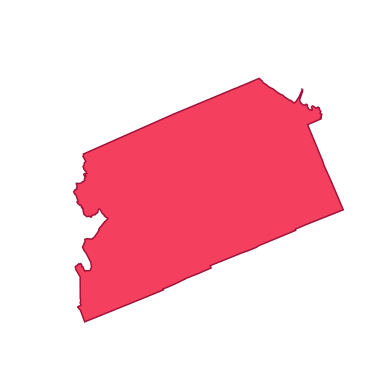 St. Louis, Minnesota, United States of America, rotated 247°
{"feature_id": "52423323B88351202423300", "entity_name": "St. Louis", "entity_type": "district", "adm_level": 2, "iso_a3": "USA", "parent_name": "United States of America", "parent_adm1": "Minnesota", "projection": "robinson", "projection_center": [-92.282, 47.64], "detail": "fine", "context": "isolated", "style": "filled", "palette": "rose", "viewbox_px": 384, "rotation_deg": 247, "n_neighbors": 0, "source": "geoboundaries", "source_scale": "gbopen_adm2", "svg_char_len": 3500}
<svg xmlns="http://www.w3.org/2000/svg" viewBox="0 0 384 384"><g transform="rotate(247 192 192)"><path d="M114.4,42.5L113.4,99.7L113.1,127.3L114.0,127.3L114.0,140.8L114.8,153.9L114.5,166.9L114.6,179.9L117.1,179.9L116.5,213.3L116.1,219.6L115.9,229.3L116.5,232.7L116.2,272.4L117.4,272.4L117.4,285.0L116.5,324.3L147.2,324.3L165.4,323.9L167.9,324.3L193.4,324.6L208.8,324.7L208.9,336.0L208.9,339.4L210.0,339.9L210.0,339.5L210.1,339.2L210.5,339.3L210.6,340.0L210.7,340.4L211.0,340.6L211.6,340.6L212.1,340.8L212.3,341.5L212.6,341.8L213.1,341.8L213.9,340.9L214.3,340.6L216.0,342.1L216.8,341.9L217.7,341.5L218.3,341.5L219.2,342.0L219.7,342.0L220.3,341.6L220.9,341.2L221.0,340.9L220.9,340.6L220.5,339.7L220.7,339.4L221.2,338.9L222.1,337.9L222.7,337.6L223.4,337.4L223.9,336.9L224.1,336.4L224.0,335.8L223.8,335.6L223.2,335.1L221.3,335.0L220.5,334.6L220.5,334.0L220.6,333.8L221.0,333.5L221.5,333.2L222.0,332.7L222.2,331.9L222.5,331.7L223.7,331.8L224.3,331.8L225.1,331.4L226.6,332.0L227.4,332.1L227.7,332.0L228.3,330.6L228.0,330.1L228.0,329.1L228.7,328.4L231.3,327.0L232.3,326.9L234.6,326.9L241.3,333.0L243.0,333.8L243.6,333.4L242.3,332.7L237.6,327.5L234.7,323.2L234.0,321.1L234.2,320.9L235.0,320.1L237.9,318.6L238.3,317.7L243.8,314.1L245.7,313.4L247.2,311.7L251.1,309.1L254.8,307.1L255.7,306.5L256.8,305.4L259.6,303.2L261.0,302.8L264.7,300.3L265.5,300.0L266.5,300.0L268.8,299.0L270.4,298.1L270.3,285.1L270.4,277.0L270.3,272.4L270.6,272.1L270.5,270.0L270.7,232.2L270.9,206.2L269.4,106.8L268.1,106.4L267.5,106.0L267.3,105.5L265.4,105.9L265.1,105.8L264.5,105.8L263.7,106.0L261.5,106.2L261.0,104.4L259.0,103.1L257.9,101.6L256.7,101.7L256.4,101.6L256.2,101.5L255.3,101.4L254.7,101.7L253.7,101.8L252.7,102.1L252.3,102.4L252.1,102.6L251.7,102.7L251.0,102.3L250.7,102.3L250.2,102.3L250.0,101.8L250.2,101.3L250.2,100.8L250.9,100.6L250.9,100.1L250.7,99.8L250.6,99.5L250.6,99.4L250.0,99.2L248.7,99.2L248.5,99.3L248.4,99.6L248.7,99.8L248.6,100.1L248.0,100.5L247.9,100.5L247.8,100.3L247.8,100.1L247.4,100.0L246.4,98.2L244.3,97.4L244.2,95.1L243.7,94.1L243.6,92.5L245.1,88.9L241.4,88.2L240.6,87.1L239.5,86.9L239.4,85.5L239.7,85.2L239.6,84.9L239.3,84.7L238.5,83.2L237.1,83.1L235.7,83.3L235.1,84.0L234.0,83.9L227.8,83.6L227.7,82.2L225.6,82.6L223.8,83.5L223.6,83.8L223.7,84.3L221.8,84.8L221.7,84.5L220.6,84.2L220.1,84.9L220.2,85.0L219.0,85.3L218.7,84.8L218.3,84.7L213.6,83.8L210.4,85.6L209.6,88.5L208.5,88.7L208.3,89.6L209.7,91.2L208.9,93.9L209.6,95.4L209.6,95.7L209.9,95.7L209.7,96.4L210.2,97.4L212.2,98.7L212.7,100.0L211.4,100.6L207.3,101.1L206.4,101.6L206.0,101.7L205.2,102.1L204.8,101.9L204.6,101.9L204.3,102.0L204.1,102.4L203.1,102.5L202.6,102.7L201.6,103.8L200.7,104.2L200.3,103.7L199.7,102.8L199.6,102.6L199.6,102.2L199.5,101.9L199.0,101.5L198.9,101.1L198.9,100.8L198.9,100.5L198.6,100.6L198.4,100.2L198.6,99.8L198.3,99.2L197.7,98.1L197.3,97.3L196.2,95.3L195.0,92.8L193.9,91.5L193.5,91.3L193.2,91.4L192.5,90.6L192.0,89.8L190.6,87.7L188.6,84.3L187.8,81.3L190.2,76.8L190.2,74.8L187.9,74.1L187.3,73.2L187.2,72.7L186.9,72.5L186.3,72.4L186.0,71.9L184.1,69.7L183.2,69.7L180.5,69.8L175.9,70.8L166.3,71.4L165.4,70.9L162.4,70.3L159.5,67.5L159.9,66.3L159.9,65.9L160.8,64.2L161.1,62.6L162.8,62.2L165.6,62.4L166.5,61.6L167.3,61.9L168.6,61.9L169.3,61.7L169.7,61.3L169.5,61.0L169.2,60.8L169.3,60.6L170.0,59.9L169.8,59.8L169.8,59.7L169.9,59.2L169.7,58.5L168.8,55.4L166.1,54.8L157.6,55.9L137.6,47.5L135.8,47.3L133.5,45.7L131.0,45.5L131.0,42.1L130.4,41.9L126.8,43.1L114.4,42.5Z" fill="#f43f5e" stroke="#9f1239" stroke-width="1.5"/></g></svg>